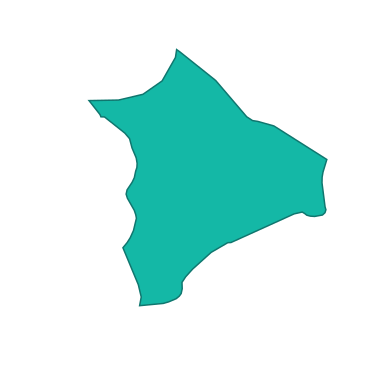 Ben Arous (Tunis Sud), Mercator projection, rotated 293°
{"feature_id": "TUN-104", "entity_name": "Ben Arous (Tunis Sud)", "entity_type": "Governorate", "adm_level": 1, "iso_a3": "TUN", "parent_name": "Tunisia", "parent_adm1": "", "projection": "mercator", "projection_center": [10.195, 36.63], "detail": "fine", "context": "isolated", "style": "filled", "palette": "teal", "viewbox_px": 384, "rotation_deg": 293, "n_neighbors": 0, "source": "natural_earth", "source_scale": "10m", "svg_char_len": 924}
<svg xmlns="http://www.w3.org/2000/svg" viewBox="0 0 384 384"><g transform="rotate(293 192 192)"><path d="M225.6,78.8L227.3,77.1L235.9,61.5L247.9,88.4L262.8,108.7L282.6,121.1L309.4,124.2L317.1,122.2L316.3,125.9L303.9,170.2L282.6,213.0L281.4,219.8L282.7,225.0L284.8,241.6L274.6,303.4L261.6,304.8L256.5,306.0L251.2,308.1L230.3,320.3L228.0,322.2L224.9,322.5L221.8,321.1L217.4,314.4L216.0,310.3L215.5,306.7L216.2,304.2L216.6,301.3L211.8,294.6L160.7,247.6L159.3,244.7L143.9,233.2L121.3,222.7L111.5,219.3L104.9,218.1L99.1,220.8L94.3,221.7L91.2,221.0L87.7,219.2L81.7,213.4L78.2,209.1L66.9,188.2L75.5,186.3L85.7,178.8L113.7,150.2L120.2,152.1L125.8,153.0L133.6,153.2L146.1,151.1L149.1,149.1L152.6,146.0L161.0,135.0L164.3,132.2L168.6,131.4L177.6,133.1L182.7,133.3L189.2,132.0L193.0,131.7L196.9,130.3L201.6,127.3L209.1,119.6L216.7,113.7L220.0,107.1L226.9,82.1L225.6,78.8Z" fill="#14b8a6" stroke="#0f766e" stroke-width="1.5"/></g></svg>